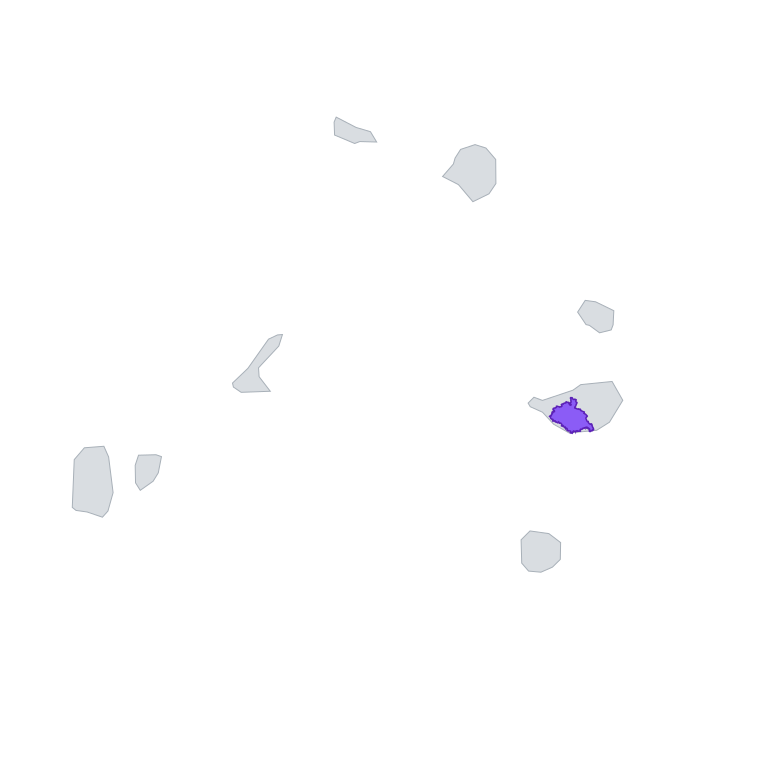 location of Santa Catarina, Santa Catarina, Cabo Verde, rotated 298°
{"feature_id": "66160863B9089914822408", "entity_name": "Santa Catarina", "entity_type": "district", "adm_level": 2, "iso_a3": "CPV", "parent_name": "Cabo Verde", "parent_adm1": "Santa Catarina", "projection": "mercator", "projection_center": [-23.734, 15.091], "detail": "fine", "context": "in_parent", "style": "filled", "palette": "violet", "viewbox_px": 768, "rotation_deg": 298, "n_neighbors": 0, "source": "geoboundaries", "source_scale": "gbopen_adm2", "svg_char_len": 6528}
<svg xmlns="http://www.w3.org/2000/svg" viewBox="0 0 768 768"><g transform="rotate(298 384 384)"><path d="M493.3,584.2L481.7,602.5L456.1,601.0L443.0,593.5L427.7,570.5L428.1,552.7L433.5,537.2L432.6,523.8L434.8,520.2L442.7,522.6L443.9,531.6L467.2,553.7L475.8,558.0L493.3,584.2ZM160.9,195.8L142.2,199.9L134.2,197.9L131.6,181.9L127.8,171.4L128.7,166.7L171.8,146.0L187.0,149.4L197.5,165.9L190.3,175.1L160.9,195.8ZM594.7,338.3L610.8,342.0L616.9,340.7L627.1,341.5L638.1,352.0L640.2,363.2L634.7,377.2L613.5,388.7L601.2,387.4L586.7,376.9L595.0,356.1L594.7,338.3ZM326.9,614.4L311.9,622.0L301.4,618.7L291.5,610.9L286.7,599.5L290.5,589.7L310.8,578.2L322.8,581.9L329.3,599.8L326.9,614.4ZM369.4,261.0L377.3,266.9L380.0,271.1L368.1,273.3L339.4,265.6L331.8,270.3L324.2,287.0L309.6,261.8L310.6,252.5L313.7,249.8L334.0,256.5L369.4,261.0ZM543.8,558.5L538.4,559.2L530.4,550.3L532.2,537.8L531.3,534.5L538.4,521.2L552.3,522.4L555.9,532.2L556.6,552.5L543.8,558.5ZM215.4,221.6L199.6,226.4L189.8,225.8L175.7,218.7L180.1,211.0L195.4,202.5L205.9,200.7L214.5,215.9L215.4,221.6ZM600.4,253.6L594.2,263.9L586.7,248.8L582.6,245.2L580.6,223.5L591.8,217.0L597.2,216.5L597.4,238.9L600.4,253.6Z" fill="#d9dde1" stroke="#a8b0b8" stroke-width="1"/><path d="M445.8,547.5L445.5,546.9L445.3,546.7L444.4,547.1L443.9,547.0L443.5,546.5L443.3,546.6L443.1,546.4L443.1,546.1L442.5,545.6L442.4,545.4L442.1,545.4L442.0,545.1L441.5,545.2L441.0,544.9L440.9,545.0L440.8,544.9L441.0,545.4L440.8,545.5L440.7,546.0L440.4,546.2L440.5,546.9L440.0,547.3L439.9,547.3L439.8,547.2L439.6,547.4L439.1,547.0L438.9,546.9L438.7,546.7L438.8,546.5L438.6,546.5L438.7,546.2L438.4,546.2L438.5,546.0L438.2,546.0L438.1,545.9L437.9,545.6L437.4,545.9L437.2,546.5L436.8,546.6L436.7,546.3L436.4,546.1L435.8,546.3L435.6,546.2L435.2,546.2L435.0,546.5L434.7,546.5L434.6,546.4L434.4,546.5L434.2,546.0L433.9,546.0L433.6,545.8L433.5,545.4L433.3,545.3L433.2,545.3L433.2,545.6L433.3,545.8L433.1,546.3L432.6,546.5L432.4,546.8L431.8,547.6L431.8,548.0L431.7,548.4L431.7,548.6L431.9,548.7L431.8,549.5L432.0,549.7L431.9,549.9L431.8,550.0L431.6,550.0L431.1,550.5L430.9,550.5L430.7,550.3L430.5,550.6L430.8,550.7L430.8,550.8L431.1,551.1L431.1,551.3L431.1,551.5L431.3,551.5L431.2,551.8L431.5,551.9L431.5,552.2L431.8,552.7L431.7,552.8L431.5,553.0L431.0,553.3L431.4,554.0L431.2,554.2L431.4,555.1L431.2,555.4L431.3,555.6L431.8,555.5L432.0,555.7L432.4,555.8L432.2,556.1L432.3,556.2L432.4,556.4L432.3,556.5L432.1,556.4L432.1,556.5L431.8,557.1L431.7,557.4L432.0,557.9L432.2,558.1L432.3,558.0L432.5,558.5L432.1,559.1L432.0,559.7L431.6,560.1L431.3,560.3L431.1,560.2L431.0,560.3L430.8,560.3L430.6,560.3L430.7,560.6L430.4,560.7L430.5,561.1L431.2,561.1L431.3,561.2L431.2,561.3L431.3,561.3L431.3,561.6L431.1,561.6L430.9,561.9L430.9,562.4L431.0,562.7L430.9,562.8L430.8,563.0L430.6,563.1L430.6,563.4L430.5,563.8L430.5,564.0L430.3,564.0L430.4,564.4L430.5,564.6L430.4,564.7L430.6,564.7L430.5,564.8L430.4,565.3L430.6,565.8L430.3,565.9L430.5,566.0L430.4,566.2L430.6,566.3L430.6,566.5L430.3,566.9L429.8,567.2L429.5,567.2L429.3,567.5L429.1,567.5L429.3,568.1L429.0,568.2L428.9,568.7L429.4,569.0L429.7,569.9L429.8,570.0L429.8,570.3L429.9,570.6L429.9,570.9L429.3,571.3L428.6,571.1L428.3,571.5L428.6,572.2L428.9,572.4L429.0,572.8L428.8,573.0L428.8,573.3L429.4,573.4L429.4,573.0L430.0,572.9L430.1,573.0L430.1,573.4L430.7,573.7L430.9,573.6L431.0,573.8L431.3,573.7L431.4,573.9L431.3,574.0L431.4,573.9L431.4,574.0L431.6,574.1L431.7,574.3L431.7,574.7L431.8,575.3L432.0,575.5L432.2,575.4L432.0,575.6L432.4,575.5L432.7,575.9L432.9,575.9L432.9,576.6L433.1,576.6L433.1,576.9L433.5,576.9L433.5,577.1L433.5,577.8L433.7,578.1L433.9,578.2L433.9,578.4L434.3,578.8L434.3,579.2L434.4,579.3L434.5,579.4L434.5,579.5L434.8,579.6L435.0,579.3L435.3,578.9L435.6,578.7L436.3,578.7L436.6,579.5L436.8,579.7L437.0,580.0L437.3,580.3L437.7,580.5L437.9,580.3L438.0,580.5L438.6,580.6L438.7,580.8L438.8,581.2L438.9,581.4L439.5,581.5L439.7,581.8L439.6,582.0L439.8,581.9L440.1,582.2L440.0,582.3L440.1,582.2L440.3,582.3L440.4,582.5L440.2,582.6L440.2,582.8L440.4,582.6L440.5,582.6L440.7,582.8L440.7,583.0L440.8,583.0L441.1,583.3L441.2,583.6L441.1,584.1L440.5,584.4L440.6,584.7L440.8,584.9L441.1,585.2L440.9,586.1L440.6,586.0L440.7,586.3L440.2,586.3L440.0,586.6L440.1,587.3L439.8,587.4L439.3,587.3L439.2,587.4L439.0,587.6L438.8,587.7L438.7,587.6L438.6,587.8L438.8,588.1L438.9,588.5L439.5,588.7L439.8,588.9L439.9,589.0L440.1,589.2L440.1,589.3L440.2,589.6L440.5,589.6L441.0,589.6L441.3,589.5L441.8,589.9L441.8,590.3L441.7,590.4L441.9,590.5L442.6,590.3L442.9,589.7L443.4,589.4L443.4,589.1L444.0,588.2L444.4,588.0L445.0,587.1L445.4,587.1L445.6,586.9L445.6,586.6L445.8,586.5L446.2,586.0L446.0,585.4L445.8,585.2L445.5,585.3L445.3,585.2L445.3,584.1L445.8,582.7L446.2,582.4L446.2,582.1L446.8,581.9L446.5,581.2L446.6,580.5L447.8,579.2L448.1,578.6L448.8,578.2L449.1,578.2L449.5,578.3L449.7,578.2L450.3,578.3L450.3,578.5L450.6,578.6L451.1,578.6L451.3,578.2L451.3,577.7L451.5,577.6L451.7,576.9L451.9,576.5L452.0,575.5L451.9,575.3L452.1,574.8L452.0,574.4L452.4,574.4L453.1,574.0L453.4,574.0L453.8,573.8L453.7,573.8L453.3,573.4L453.1,572.8L453.1,572.1L453.0,571.8L453.1,571.4L452.9,570.3L453.1,569.8L453.4,569.7L453.5,569.8L453.9,569.2L453.4,568.4L453.5,568.0L453.1,567.6L453.3,567.4L453.0,567.1L452.8,566.6L452.6,566.4L452.7,565.6L452.6,565.0L452.7,564.7L452.3,564.3L452.3,564.1L452.6,563.9L452.9,563.9L453.1,563.6L452.9,563.4L453.1,563.3L454.5,563.6L455.4,563.5L455.6,563.3L456.4,563.4L456.7,563.3L457.3,563.3L457.4,563.1L457.7,563.2L458.1,563.2L458.3,562.9L458.2,562.7L458.3,562.0L458.6,561.8L458.9,561.3L459.6,561.2L460.2,561.2L460.3,561.0L460.1,560.7L460.3,560.3L460.1,560.1L460.0,559.3L459.4,559.0L459.4,557.8L459.7,557.2L460.1,556.9L460.2,556.6L460.2,556.3L459.9,555.9L459.7,555.3L459.5,555.2L459.4,555.3L459.0,555.3L458.2,556.3L457.8,556.4L457.5,556.6L457.1,556.7L456.8,557.2L456.6,557.2L456.4,557.4L455.5,557.7L455.4,557.4L454.2,557.3L454.0,557.5L453.9,557.9L453.7,557.6L453.4,558.0L453.3,558.9L452.9,558.9L452.8,558.0L452.8,557.7L453.2,557.0L454.0,556.5L454.0,556.1L454.4,555.9L454.4,555.7L454.1,555.6L454.3,555.3L453.9,554.6L453.9,553.5L453.4,553.4L453.3,553.2L453.1,553.4L452.8,553.5L452.6,553.4L452.6,553.2L452.3,553.0L452.0,552.4L451.8,552.2L451.6,552.2L451.0,551.6L450.3,551.6L450.2,551.2L450.3,551.1L449.8,550.8L449.7,550.5L449.0,550.3L448.7,550.8L448.3,551.4L448.0,551.5L447.4,551.3L447.1,550.8L446.8,550.8L446.7,550.4L446.3,549.9L446.1,549.9L446.2,549.3L446.0,549.0L446.0,548.6L445.7,548.3L445.7,547.9L445.8,547.5Z" fill="#8b5cf6" stroke="#5b21b6" stroke-width="1.5"/></g></svg>